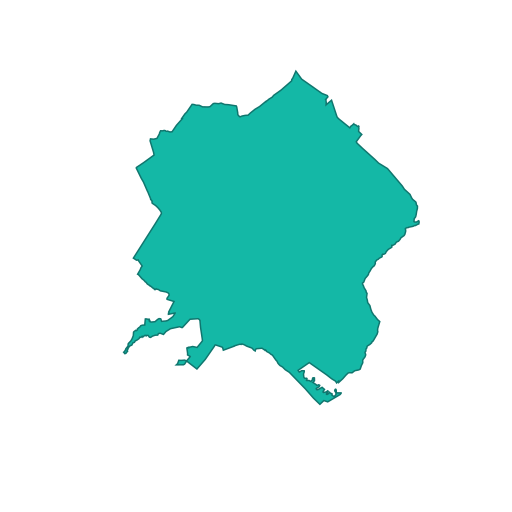 the district of Mogosesti, Iasi, Romania, rotated 327°
{"feature_id": "2599482B56891925911453", "entity_name": "Mogosesti", "entity_type": "district", "adm_level": 2, "iso_a3": "ROU", "parent_name": "Romania", "parent_adm1": "Iasi", "projection": "natural_earth1", "projection_center": [27.481, 47.029], "detail": "fine", "context": "isolated", "style": "filled", "palette": "teal", "viewbox_px": 512, "rotation_deg": 327, "n_neighbors": 0, "source": "geoboundaries", "source_scale": "gbopen_adm2", "svg_char_len": 6136}
<svg xmlns="http://www.w3.org/2000/svg" viewBox="0 0 512 512"><g transform="rotate(327 256 256)"><path d="M411.6,315.0L409.0,314.9L407.6,313.9L407.2,313.2L409.0,310.9L411.2,310.1L412.9,308.5L415.1,306.0L417.3,304.0L418.6,302.1L418.4,300.5L419.3,298.4L419.4,297.6L418.2,293.7L418.2,291.9L418.7,288.2L416.8,280.9L416.8,277.0L413.9,254.3L409.4,244.9L408.3,239.9L404.0,223.9L402.2,216.5L402.3,214.8L409.3,212.1L410.9,211.7L409.9,207.4L411.8,205.0L412.5,203.5L412.9,203.3L412.8,202.8L412.0,202.9L411.6,202.3L411.3,201.0L409.9,198.9L410.0,198.4L407.8,198.8L406.2,198.8L404.5,199.6L400.2,186.4L399.7,184.1L399.8,183.1L404.2,166.5L397.1,167.4L398.4,165.7L399.4,163.6L400.0,162.9L399.8,162.6L403.0,161.7L403.2,160.3L399.8,155.5L390.6,132.5L390.1,122.7L383.8,126.8L382.1,127.5L381.3,128.5L380.8,128.6L367.4,130.5L358.3,130.9L356.2,131.6L351.7,131.5L350.6,131.8L348.4,131.7L348.3,132.0L347.6,131.8L340.4,132.6L335.1,132.4L329.2,133.0L326.0,133.6L323.6,132.2L320.5,131.0L318.4,130.6L318.0,129.8L317.7,127.5L318.6,126.1L321.0,120.5L321.2,119.4L315.2,114.0L312.3,111.9L310.0,108.7L307.6,107.9L304.6,105.5L303.2,104.9L298.8,105.7L297.1,105.0L292.4,101.8L290.4,98.6L288.0,97.0L286.4,95.1L285.0,94.0L276.3,97.6L273.8,98.1L268.6,100.2L269.0,100.7L260.4,103.1L253.3,106.1L251.3,105.1L249.9,103.1L249.1,102.9L248.4,102.2L248.2,101.5L247.3,100.6L246.0,100.3L244.2,99.0L242.3,100.1L241.6,100.9L237.0,103.4L233.8,102.3L231.3,100.3L229.9,101.7L226.6,113.1L225.5,115.8L212.2,116.5L204.2,116.6L203.5,116.9L202.1,128.3L201.9,132.6L200.3,142.1L200.2,143.3L198.8,150.6L198.4,151.3L198.7,152.1L198.6,153.0L198.8,153.5L198.1,154.2L197.7,155.2L199.3,159.0L200.0,161.9L200.4,165.2L200.4,167.5L200.1,168.4L199.6,169.0L198.5,169.6L189.0,174.1L152.0,191.0L153.5,194.4L155.1,195.2L154.9,196.0L155.1,202.4L153.1,203.2L151.5,204.4L146.8,206.8L147.3,207.7L148.0,213.0L148.8,215.2L149.1,217.5L149.5,218.1L149.6,220.3L150.9,223.2L150.8,223.5L151.3,224.1L152.2,227.1L152.7,227.6L152.6,228.8L153.1,229.3L154.4,229.1L154.5,229.6L155.9,230.9L156.8,233.1L161.1,237.3L162.3,239.3L162.3,240.5L161.7,241.6L158.3,243.0L157.8,243.9L162.5,249.5L152.1,255.5L152.0,256.6L151.2,256.6L150.8,257.2L157.1,259.7L157.0,259.9L153.3,261.6L147.0,262.0L145.2,261.5L141.2,259.4L141.9,257.0L141.8,256.7L140.6,255.7L138.9,255.6L135.5,256.1L132.1,254.3L131.3,253.4L131.3,253.1L131.6,252.9L131.1,252.3L131.3,251.9L131.8,251.7L131.9,250.7L131.5,250.7L129.5,248.8L128.9,248.5L125.1,253.3L123.0,252.1L121.4,251.7L119.8,252.3L118.4,252.3L116.6,252.7L116.4,253.3L115.6,253.4L114.9,253.4L114.6,252.8L112.3,253.0L111.8,253.2L109.7,256.0L107.0,257.9L104.9,259.0L101.5,259.8L100.9,260.1L99.6,261.8L96.3,262.9L95.5,263.6L93.5,264.5L92.6,264.6L92.8,266.5L93.9,266.8L94.8,266.3L96.3,266.1L96.5,265.8L96.4,265.2L97.6,264.3L98.3,264.2L98.2,263.4L98.4,263.0L99.9,263.2L101.5,262.7L103.3,263.1L105.5,261.8L107.0,262.2L108.6,261.4L110.0,261.7L112.9,261.6L114.3,260.8L115.1,261.6L116.8,261.3L117.2,261.7L117.0,262.3L119.4,262.0L120.0,262.3L120.3,263.2L121.1,263.0L122.3,263.9L122.4,266.0L123.3,266.9L125.4,266.8L128.3,267.5L130.5,268.8L131.9,267.9L133.6,268.6L135.7,271.4L139.4,270.3L144.7,270.4L153.4,273.7L154.8,275.6L155.3,275.9L166.2,273.1L173.4,277.1L173.9,278.5L173.9,279.5L170.6,285.7L166.0,295.8L165.0,297.8L164.6,298.1L156.8,300.6L153.6,297.4L150.5,296.3L150.2,295.9L149.5,296.4L148.7,295.5L147.9,295.5L145.6,300.4L144.7,301.7L146.1,304.4L145.9,304.6L140.6,306.2L139.5,304.5L136.2,302.7L134.5,301.4L131.6,303.6L129.9,303.9L135.9,307.7L137.2,307.8L140.6,306.3L144.9,318.6L157.1,315.1L172.2,308.9L172.8,308.4L173.7,308.6L177.9,313.9L178.1,314.7L177.3,317.2L188.8,319.8L188.9,319.6L193.9,321.0L195.0,321.6L195.3,322.1L196.3,322.1L197.8,324.0L199.1,326.5L202.3,330.8L202.6,331.7L202.9,333.7L203.6,335.2L204.6,334.3L205.7,333.9L210.8,336.6L211.7,338.8L212.5,339.5L212.2,340.0L212.9,340.3L213.1,340.8L212.8,341.2L212.9,341.8L214.5,344.7L215.0,346.6L215.8,348.1L216.0,354.2L216.3,355.6L216.0,357.9L216.2,359.5L216.5,361.0L217.8,363.5L218.6,367.3L220.6,371.7L225.0,394.1L226.8,406.6L228.8,415.2L234.2,414.2L236.7,417.4L251.1,418.0L252.6,417.5L252.8,417.1L249.6,415.1L249.1,414.5L249.2,413.8L250.3,412.1L250.3,411.1L250.0,411.0L249.5,411.1L248.6,411.9L248.5,414.2L247.7,415.7L244.9,416.5L243.9,413.9L244.6,413.3L244.7,412.8L243.7,411.7L243.5,410.4L240.9,411.0L240.1,410.8L239.8,410.4L240.3,409.7L242.9,408.8L242.7,408.1L240.7,408.2L238.2,407.2L238.1,406.8L238.5,406.1L240.8,405.2L239.9,402.1L235.0,401.8L234.1,401.1L234.2,400.1L234.5,399.9L237.8,400.0L239.0,399.2L238.5,398.2L236.7,397.7L236.4,397.4L236.4,396.6L234.8,393.0L237.1,392.5L238.6,390.1L238.4,389.7L237.3,389.2L236.7,389.5L236.5,389.9L236.7,390.6L236.5,390.9L235.0,390.6L233.7,391.2L232.7,389.3L230.7,388.1L230.6,387.8L231.8,387.0L232.0,386.5L231.9,386.1L230.3,385.2L230.1,384.5L230.2,383.5L231.6,380.8L233.5,379.3L233.9,378.5L231.9,377.1L229.2,377.0L229.0,376.6L229.0,374.8L242.6,374.4L250.5,394.1L252.6,400.2L254.5,404.2L254.5,406.4L257.2,405.9L256.6,407.1L261.9,406.2L266.5,404.9L269.6,404.3L270.7,404.7L273.0,406.3L276.3,406.0L280.2,407.5L281.8,407.6L284.7,405.3L287.4,403.7L288.9,401.3L292.4,400.0L294.0,398.8L294.4,398.2L294.7,396.7L295.0,396.1L296.3,395.6L297.6,393.9L299.0,393.4L299.5,392.6L300.4,392.1L303.2,392.2L305.7,391.8L306.8,391.1L307.9,391.1L315.0,387.5L316.9,385.9L317.5,384.5L318.7,383.0L324.1,378.4L323.3,375.5L323.0,371.2L322.6,369.9L322.6,366.3L323.3,363.2L324.5,359.6L324.3,355.9L325.3,353.7L326.1,351.0L328.8,347.8L328.7,346.5L329.3,345.1L329.4,341.3L329.8,339.9L330.1,337.5L330.6,336.7L332.1,336.6L335.3,334.3L339.4,333.1L340.6,332.4L341.3,331.6L343.3,330.8L345.9,329.4L347.9,328.8L349.9,328.6L351.9,327.4L352.7,326.0L355.2,325.1L356.8,325.3L358.1,325.0L361.1,325.3L361.6,325.0L362.2,323.9L363.0,323.5L363.3,323.5L363.9,324.1L365.9,324.3L367.6,323.3L370.5,322.5L374.3,322.6L374.8,322.5L375.6,321.0L376.3,321.5L379.0,321.8L381.3,320.8L383.6,321.2L385.9,320.5L387.4,319.7L391.3,319.5L392.5,319.0L394.8,317.0L395.7,315.7L396.0,314.5L396.3,314.3L398.1,314.4L398.8,315.0L400.0,315.1L403.7,316.6L405.8,316.9L406.3,317.3L409.0,317.5L410.0,317.8L411.3,316.4L411.7,315.4L411.6,315.0Z" fill="#14b8a6" stroke="#0f766e" stroke-width="1.5"/></g></svg>